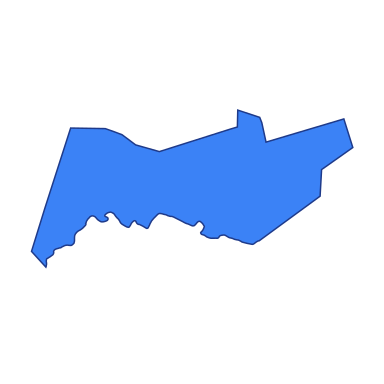 the district of Petoa, Santa Bárbara, Honduras, rotated 200°
{"feature_id": "27666195B13660887224612", "entity_name": "Petoa", "entity_type": "district", "adm_level": 2, "iso_a3": "HND", "parent_name": "Honduras", "parent_adm1": "Santa Bárbara", "projection": "mercator", "projection_center": [-88.208, 15.281], "detail": "fine", "context": "isolated", "style": "filled", "palette": "blue", "viewbox_px": 384, "rotation_deg": 200, "n_neighbors": 0, "source": "geoboundaries", "source_scale": "gbopen_adm2", "svg_char_len": 5814}
<svg xmlns="http://www.w3.org/2000/svg" viewBox="0 0 384 384"><g transform="rotate(200 192 192)"><path d="M303.6,71.4L303.6,72.0L303.6,72.4L303.9,73.7L304.0,74.6L304.2,74.9L304.6,75.9L305.1,76.7L305.3,77.3L305.4,77.6L305.6,78.4L305.7,79.2L305.7,79.3L305.6,79.6L305.4,79.9L305.3,80.1L304.9,80.4L304.8,80.5L304.2,81.4L303.5,82.2L303.2,82.6L302.2,84.1L301.8,84.7L301.5,85.1L301.3,85.5L301.2,85.9L301.1,86.4L301.1,86.9L301.1,87.3L301.2,87.6L301.2,87.8L301.3,87.9L301.5,88.2L301.6,88.4L301.7,88.8L301.7,89.0L301.7,89.7L301.6,90.1L301.5,90.4L301.3,90.7L301.1,91.1L300.9,91.3L300.3,91.9L299.7,92.4L299.5,92.6L299.2,92.8L298.9,92.9L297.8,93.8L297.3,94.2L296.9,94.4L296.6,94.5L296.2,94.8L296.0,95.0L295.8,95.4L295.5,95.8L293.6,97.8L293.1,98.2L292.8,98.5L292.4,98.7L291.9,99.0L291.1,99.4L290.8,99.5L289.3,99.8L288.0,100.2L287.7,100.3L287.4,100.5L287.1,100.6L286.9,100.8L286.7,101.0L286.0,102.2L285.6,103.1L285.5,103.3L285.4,103.5L285.5,104.3L285.6,105.4L285.7,105.8L285.8,106.1L285.9,106.5L286.4,107.8L286.8,108.9L287.0,109.7L287.3,110.6L287.3,111.1L287.3,111.6L287.3,112.1L287.2,112.7L286.9,113.5L286.8,114.2L286.5,114.8L286.1,115.5L285.8,116.0L285.6,116.4L285.3,116.7L284.7,117.4L284.0,118.1L283.4,119.0L283.1,119.4L282.8,119.9L282.4,120.5L282.0,121.4L281.3,122.9L280.8,124.1L280.6,124.8L280.6,125.0L280.7,125.4L280.8,125.7L281.0,125.9L281.2,126.1L281.1,126.4L281.0,126.5L281.0,126.8L281.1,127.2L281.1,127.5L281.1,128.7L281.0,129.2L280.8,129.9L280.7,130.3L280.6,130.8L280.3,131.6L279.7,132.8L279.6,133.1L279.4,133.7L279.3,134.0L279.1,134.2L278.7,134.6L278.2,135.1L277.9,135.3L277.7,135.4L277.4,135.5L277.1,135.6L276.6,135.7L276.2,135.7L275.6,135.7L275.2,135.6L274.7,135.6L274.0,135.3L271.3,133.8L271.0,133.7L269.1,133.2L268.0,133.0L267.6,132.9L267.3,133.0L266.9,133.0L266.5,133.1L266.0,133.3L265.5,133.5L265.1,133.7L264.6,134.0L263.7,134.6L263.1,135.1L262.5,135.6L262.1,136.1L261.9,136.3L261.8,136.5L261.7,136.7L261.7,137.0L261.6,137.4L261.6,137.6L261.6,137.8L261.7,138.0L261.8,138.3L262.0,138.5L262.2,138.8L262.4,139.0L262.6,139.1L262.8,139.1L263.3,139.2L264.0,139.3L264.9,139.3L265.3,139.4L265.5,139.5L265.8,139.8L265.9,140.0L265.9,140.3L265.9,140.7L265.8,140.9L265.6,141.4L265.3,141.9L264.6,143.0L264.4,143.3L264.2,143.5L263.4,144.2L262.8,144.6L262.5,144.8L262.1,145.0L261.8,145.2L261.4,145.3L261.1,145.3L260.7,145.3L260.4,145.3L260.1,145.3L259.6,145.2L259.3,145.1L258.6,145.1L258.4,145.0L257.7,144.7L257.1,144.3L256.5,143.9L255.6,143.2L254.9,142.8L253.5,142.0L252.9,141.8L252.1,141.4L251.7,141.2L251.4,141.0L250.6,140.4L250.0,139.9L249.6,139.6L249.2,139.1L248.8,138.8L248.5,138.6L248.2,138.4L247.9,138.3L247.4,138.1L247.0,137.9L246.2,137.7L244.6,137.4L243.7,137.2L243.0,137.1L241.5,136.9L240.9,136.9L240.3,137.0L239.8,137.1L239.6,137.1L239.3,137.3L239.2,137.4L239.0,137.7L238.9,138.0L238.8,138.4L238.5,139.6L238.4,140.2L238.3,141.2L238.3,141.6L238.2,141.9L238.0,142.5L237.7,143.3L237.5,143.7L237.2,144.2L236.9,144.7L236.7,145.0L236.3,145.3L236.1,145.4L235.7,145.5L235.4,145.4L235.0,145.4L234.7,145.2L234.4,145.0L234.2,144.6L234.0,144.4L233.7,144.2L233.4,144.0L233.1,143.7L232.8,143.6L232.4,143.4L232.0,143.3L231.7,143.3L231.4,143.3L231.0,143.3L230.5,143.5L230.3,143.5L230.0,143.5L226.5,143.1L222.5,142.3L222.4,142.3L222.2,142.3L221.8,142.5L221.5,142.6L221.3,142.8L221.1,143.1L221.0,143.3L220.6,146.4L220.6,147.5L220.5,148.3L220.3,149.4L220.2,150.4L220.0,151.3L219.8,151.9L219.6,152.3L219.3,153.2L218.8,154.5L218.4,155.3L216.8,158.8L216.6,159.2L216.4,159.5L216.2,159.8L216.0,160.1L215.8,160.3L215.5,160.5L215.2,160.7L214.8,160.8L214.5,161.0L214.1,161.0L212.8,161.3L210.7,161.4L210.1,161.5L209.4,161.6L208.8,161.7L208.5,161.7L208.2,161.7L207.4,161.6L206.9,161.5L206.3,161.5L205.3,161.6L204.7,161.6L204.0,161.7L203.4,161.9L202.8,162.1L202.5,162.2L201.9,162.2L201.3,162.2L200.8,162.2L199.2,162.0L196.7,161.7L194.0,161.4L190.1,160.9L189.0,160.7L187.2,160.5L186.6,160.5L186.1,160.5L185.7,160.5L185.0,160.6L184.5,160.6L180.8,160.3L180.3,160.3L180.2,160.3L179.6,160.5L179.1,160.7L178.9,160.8L178.7,160.9L178.5,161.1L178.4,161.2L178.2,161.4L178.1,161.6L178.0,161.9L177.8,162.2L177.7,162.5L177.5,163.0L177.3,163.4L177.0,164.2L176.8,165.1L176.7,165.2L176.3,165.9L176.0,166.3L175.8,166.5L175.6,166.7L175.4,166.8L175.1,166.9L174.9,167.0L174.7,167.1L174.4,167.1L174.2,167.1L173.5,166.9L173.0,166.7L172.5,166.5L171.8,166.2L171.2,165.9L170.9,165.7L169.8,164.8L169.2,164.4L168.7,163.9L168.6,163.7L168.6,162.3L168.7,160.7L168.8,160.0L169.1,159.0L169.3,158.4L169.5,158.0L169.7,157.6L169.8,157.4L169.9,157.0L169.9,156.9L169.9,156.6L169.7,156.4L169.5,156.1L169.2,155.9L169.0,155.7L168.7,155.6L168.4,155.5L165.7,155.6L164.4,155.3L164.0,155.2L163.3,155.0L162.9,154.9L162.6,154.8L162.3,154.8L161.7,154.8L160.6,154.8L159.9,154.8L159.3,154.9L158.7,155.0L158.4,155.0L157.6,155.3L153.9,156.7L152.4,157.2L152.2,157.3L151.8,157.6L151.7,157.8L151.5,158.1L151.4,158.3L151.3,158.5L151.2,159.2L151.1,159.6L151.0,159.9L150.9,160.1L150.7,160.4L150.5,160.6L150.4,160.7L149.9,161.1L149.0,161.7L148.5,161.9L147.7,162.3L147.4,162.5L147.0,162.6L146.6,162.6L146.3,162.7L145.8,162.6L145.4,162.6L144.5,162.4L143.5,162.2L143.0,162.1L142.0,161.9L141.3,161.9L140.7,161.9L139.4,162.1L138.4,162.2L137.6,162.2L136.2,162.1L135.6,162.1L133.4,162.4L132.0,162.7L131.5,162.7L130.8,162.6L129.8,162.5L129.1,162.4L128.3,162.2L128.1,162.1L127.8,162.1L122.5,162.6L119.5,163.1L118.1,163.3L117.7,163.4L117.3,163.5L117.1,163.6L116.9,163.7L116.7,163.9L116.5,164.1L116.2,164.4L115.4,165.6L114.5,167.0L114.3,167.3L114.0,167.6L113.4,168.3L113.1,168.6L112.9,168.7L112.7,168.9L112.4,169.0L112.2,169.1L70.2,231.9L77.9,257.4L56.1,288.8L74.3,312.6L139.5,264.2L150.1,281.0L153.9,285.3L177.0,284.6L171.6,268.6L177.4,264.3L236.5,218.8L261.1,217.0L277.3,221.9L285.6,222.0L295.2,221.9L327.9,210.6L324.7,126.1L322.5,81.3L303.6,71.4Z" fill="#3b82f6" stroke="#1e3a8a" stroke-width="1.5"/></g></svg>